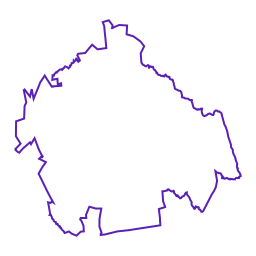 Chikomba, Mashonaland East, Zimbabwe
{"feature_id": "62879985B62139417575129", "entity_name": "Chikomba", "entity_type": "district", "adm_level": 2, "iso_a3": "ZWE", "parent_name": "Zimbabwe", "parent_adm1": "Mashonaland East", "projection": "equal_earth", "projection_center": [31.281, -18.846], "detail": "fine", "context": "isolated", "style": "outline", "palette": "violet", "viewbox_px": 256, "rotation_deg": 0, "n_neighbors": 0, "source": "geoboundaries", "source_scale": "gbopen_adm2", "svg_char_len": 5748}
<svg xmlns="http://www.w3.org/2000/svg" viewBox="0 0 256 256"><path d="M240.5,174.6L240.3,174.5L239.9,173.8L239.6,172.7L238.6,171.6L237.9,170.5L237.7,170.0L237.7,169.2L237.8,168.8L237.9,168.4L237.8,168.2L237.3,168.2L237.2,168.1L236.9,166.3L236.9,165.4L237.2,164.3L237.0,163.1L236.4,161.9L235.5,159.2L235.5,158.3L234.8,156.9L234.8,156.5L233.8,154.6L233.1,152.9L232.8,151.4L232.8,149.7L231.5,147.9L231.0,146.9L230.9,144.7L230.7,143.9L228.3,136.9L227.1,130.9L225.6,126.7L224.4,124.6L222.9,118.9L222.1,116.1L222.0,115.1L221.8,114.4L221.6,114.2L221.3,113.0L221.0,112.7L220.1,112.2L219.1,111.4L218.1,111.6L217.0,110.7L216.0,110.4L214.6,111.4L214.4,111.8L213.9,112.7L213.6,114.5L213.3,115.0L212.4,115.0L210.6,114.0L210.1,113.6L209.4,113.5L207.6,114.3L206.4,115.4L205.4,115.6L204.9,116.0L204.4,116.0L203.5,115.7L202.9,115.2L202.3,113.9L201.8,112.1L201.7,110.5L202.1,108.7L200.9,108.6L199.8,109.4L198.8,109.6L198.6,109.5L198.1,109.1L197.6,109.6L197.2,109.7L196.5,109.5L195.4,108.6L194.0,108.1L193.7,107.7L193.3,106.8L192.5,104.0L192.4,103.2L192.0,102.6L191.7,102.0L191.7,101.1L192.0,100.4L191.9,100.0L190.2,100.1L189.3,99.8L188.7,99.1L188.3,98.8L184.9,98.4L184.1,97.7L182.2,97.4L181.9,97.1L182.1,96.8L182.0,95.1L181.4,93.2L181.4,92.5L181.3,92.1L180.3,90.9L178.5,90.6L177.2,89.7L176.7,89.7L175.3,89.0L174.9,88.5L174.6,87.6L174.6,86.6L173.8,84.6L173.8,83.1L173.1,81.6L172.8,80.0L172.3,79.6L171.8,79.8L169.9,78.9L169.7,78.4L169.4,76.9L168.9,76.7L168.3,77.0L167.5,76.5L166.8,76.4L166.3,75.7L165.8,74.8L165.5,74.6L164.6,75.6L164.4,76.4L164.1,76.5L164.0,76.4L163.8,75.8L163.2,75.7L162.3,76.1L161.7,75.8L160.8,75.8L160.3,75.3L159.7,74.9L158.8,75.0L157.8,74.4L157.5,73.9L157.2,72.9L156.5,73.0L156.2,71.8L154.9,70.0L154.0,69.6L153.4,68.4L153.2,67.4L152.9,66.8L151.6,67.0L151.3,66.6L150.6,66.4L149.7,67.1L149.4,67.7L149.1,67.8L148.9,67.3L149.1,66.0L148.7,65.5L148.3,65.2L147.8,65.1L146.3,66.3L145.7,66.3L145.0,65.9L144.7,65.8L143.8,65.0L143.1,64.9L142.5,64.3L142.2,63.5L141.7,63.2L141.4,62.5L140.7,53.3L144.2,46.2L140.4,41.4L133.4,36.3L126.6,34.3L127.1,25.5L119.2,25.0L113.8,27.3L112.5,28.1L112.0,28.1L112.6,25.4L108.8,20.3L102.8,22.1L104.3,26.5L104.6,31.0L105.4,38.0L106.3,48.1L97.5,49.3L92.1,44.7L85.2,53.0L78.1,53.8L77.3,55.3L79.9,60.4L78.3,61.8L76.5,58.6L76.2,58.6L76.0,59.5L76.1,60.4L75.7,60.6L75.2,60.4L74.6,61.1L74.2,61.3L73.7,60.7L73.6,61.8L73.8,62.2L73.5,62.8L71.6,63.1L71.5,63.9L71.2,65.0L70.9,65.3L70.0,65.5L70.2,66.3L70.1,66.8L69.2,67.7L68.9,67.7L68.6,68.2L68.5,68.3L68.0,67.6L67.6,67.3L66.8,67.2L65.4,66.4L64.8,66.5L64.3,67.4L64.1,67.9L63.2,68.3L62.8,69.2L62.4,69.1L62.1,69.7L61.7,69.3L61.4,69.6L60.8,69.4L59.8,69.6L57.6,71.4L57.1,72.4L56.8,72.4L56.3,72.1L55.3,73.4L54.6,73.6L54.2,74.4L53.9,75.6L53.6,75.7L53.3,75.3L52.6,75.2L52.3,79.9L53.3,79.6L57.4,78.8L57.8,84.3L61.1,83.3L61.3,85.7L59.0,86.0L53.1,86.3L53.1,86.6L51.8,86.7L44.7,75.6L40.0,82.8L39.2,85.1L33.6,98.8L31.7,89.1L30.0,96.6L24.6,89.5L23.8,90.2L26.3,102.5L24.6,105.9L24.1,118.6L16.1,121.3L15.9,136.2L20.6,143.7L15.5,148.9L15.4,149.4L15.4,149.8L16.1,150.1L16.4,150.8L17.6,151.8L19.3,152.7L21.4,150.2L23.3,148.2L30.0,142.3L31.0,144.2L34.6,138.2L38.5,148.6L39.4,150.6L42.0,155.7L42.7,156.3L42.5,156.8L42.2,157.2L41.2,157.3L40.9,157.0L39.1,158.8L45.9,162.1L42.3,167.2L38.6,173.6L47.1,191.0L51.0,198.5L52.6,201.2L53.2,202.4L52.3,201.8L51.3,201.9L50.8,202.8L50.5,202.9L50.2,202.7L49.6,202.8L49.0,202.5L48.7,202.6L48.1,202.4L50.3,214.6L49.7,214.8L49.6,215.0L50.1,215.1L50.8,214.9L51.8,217.0L52.0,218.0L52.1,218.4L53.2,219.6L53.4,219.6L53.6,220.0L53.7,221.0L54.5,221.7L55.8,222.0L55.9,222.4L55.9,223.4L56.0,223.7L56.3,224.1L56.8,224.1L57.1,223.8L57.5,223.9L57.8,224.3L57.8,224.8L58.0,225.2L58.9,225.8L59.1,226.3L59.7,226.1L59.9,226.3L60.1,226.8L60.0,227.4L60.1,227.6L60.9,228.4L61.2,228.2L61.4,228.6L61.5,229.1L62.0,229.8L63.7,231.2L64.6,233.0L68.9,231.5L71.8,233.7L76.5,235.7L79.8,232.5L81.0,231.6L83.8,231.4L83.5,225.8L81.3,220.6L80.2,219.6L80.2,219.3L80.7,218.0L86.3,218.0L86.0,214.9L89.3,206.8L89.4,206.7L95.6,208.5L101.3,208.5L99.5,218.8L99.4,226.5L101.5,232.7L100.7,234.0L100.7,235.0L103.5,234.6L104.4,234.6L117.4,231.4L129.5,230.1L132.3,229.6L160.3,225.3L160.2,222.0L160.0,221.5L160.0,218.6L158.9,209.0L165.1,207.1L164.9,206.2L163.1,201.3L162.4,191.3L164.9,191.1L165.5,190.9L166.2,190.5L167.0,190.5L167.2,190.2L167.5,190.2L167.7,189.5L168.0,189.3L168.7,189.4L170.2,190.7L171.1,191.2L171.4,191.2L171.7,191.4L172.2,191.3L172.6,191.4L173.0,191.0L173.6,190.8L174.0,191.4L174.0,192.7L174.2,193.2L175.0,193.7L175.9,195.3L176.5,196.0L177.0,196.1L177.0,195.2L177.5,195.2L177.8,195.8L178.2,196.1L178.5,197.0L179.3,197.3L180.0,198.3L181.0,198.1L182.1,196.7L183.1,196.2L183.7,196.2L184.0,195.6L184.6,195.1L185.1,193.7L185.6,193.4L185.8,192.7L186.8,192.4L186.8,193.5L187.0,194.5L189.2,197.2L189.6,198.0L190.3,200.0L191.4,201.6L191.7,202.7L191.5,204.0L191.9,205.4L192.1,205.7L192.8,206.3L194.1,208.5L194.3,208.8L194.8,208.8L195.3,207.9L195.4,206.9L195.7,206.4L196.2,206.6L196.8,207.2L197.4,207.3L198.0,207.0L198.5,207.2L198.8,207.5L198.7,208.6L199.0,209.2L199.4,209.5L200.3,209.8L201.2,211.6L201.7,211.9L202.2,211.9L202.7,211.6L203.3,210.9L211.9,194.2L213.8,191.3L215.7,187.5L217.1,180.9L215.4,171.1L215.9,171.5L216.6,172.7L218.0,172.7L218.8,173.2L220.1,173.2L220.5,173.4L221.3,174.1L221.5,175.2L221.8,175.8L222.4,176.1L222.6,177.0L222.0,177.8L222.0,178.1L222.9,178.3L223.6,177.7L224.0,178.5L224.5,178.7L225.1,178.7L225.7,178.3L226.9,177.9L227.9,178.7L229.0,178.8L229.1,179.2L229.3,179.3L229.5,179.3L229.8,178.9L230.2,178.9L230.5,179.3L231.9,178.9L233.1,179.4L234.3,179.2L234.9,179.4L235.3,178.7L236.0,178.0L237.0,177.8L237.7,178.1L238.0,178.0L239.0,178.1L239.2,177.9L239.0,177.3L239.0,177.0L239.8,176.4L240.6,176.2L240.6,175.8L240.5,175.2L240.5,174.6Z" fill="none" stroke="#5b21b6" stroke-width="2"/></svg>